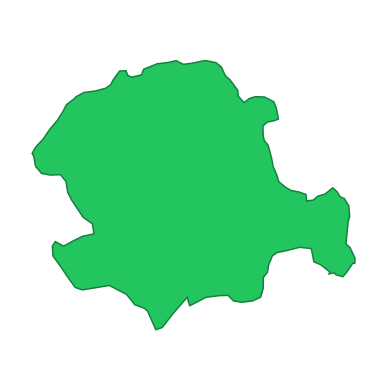 Dromolaxia, Larnaca, Cyprus (Equal Earth projection), rotated 173°
{"feature_id": "46923920B21347225976460", "entity_name": "Dromolaxia", "entity_type": "district", "adm_level": 2, "iso_a3": "CYP", "parent_name": "Cyprus", "parent_adm1": "Larnaca", "projection": "equal_earth", "projection_center": [33.583, 34.885], "detail": "fine", "context": "isolated", "style": "filled", "palette": "green", "viewbox_px": 384, "rotation_deg": 173, "n_neighbors": 0, "source": "geoboundaries", "source_scale": "gbopen_adm2", "svg_char_len": 1717}
<svg xmlns="http://www.w3.org/2000/svg" viewBox="0 0 384 384"><g transform="rotate(173 192 192)"><path d="M66.0,94.0L60.9,94.4L59.0,92.2L52.6,89.5L48.4,93.3L41.0,101.8L39.1,101.3L38.3,106.3L41.9,117.6L45.5,121.8L42.1,137.0L40.9,142.6L38.5,148.6L38.0,159.0L41.6,166.9L45.6,169.3L47.7,174.2L51.7,179.0L60.1,173.8L67.7,172.5L73.0,169.1L79.4,169.3L79.1,175.6L85.8,179.0L93.4,181.4L98.5,185.2L104.5,191.5L106.1,199.9L108.3,207.1L108.9,216.2L110.7,229.0L114.0,234.4L114.5,239.1L113.5,249.1L108.6,252.2L101.2,252.8L97.3,253.9L98.1,265.4L99.9,271.6L100.2,271.9L108.6,277.5L117.4,278.9L123.6,277.8L129.5,274.4L134.4,281.5L134.2,287.4L140.6,298.7L144.7,303.2L147.6,312.5L152.5,317.5L162.8,320.9L177.2,319.8L180.8,319.8L185.0,319.8L191.7,324.3L199.4,323.5L211.0,323.5L224.9,319.8L228.0,314.4L238.1,313.3L241.7,315.8L242.7,320.4L249.1,320.9L252.8,317.0L256.9,312.5L259.7,308.2L265.6,305.4L276.5,304.0L287.0,304.0L295.6,300.6L297.1,299.2L306.1,293.9L310.0,288.0L316.9,279.5L325.5,271.6L333.4,262.6L340.1,257.0L342.7,254.4L346.0,249.6L344.8,247.2L344.1,236.6L339.1,228.8L330.6,226.1L320.3,225.2L315.8,217.6L315.4,207.0L312.5,198.7L309.1,192.0L303.2,180.2L294.7,172.5L294.5,162.4L306.3,161.3L315.8,158.0L326.0,153.9L333.8,159.5L337.2,155.1L337.8,145.4L330.8,132.7L326.4,124.0L319.6,111.5L312.9,108.2L285.4,109.3L274.9,102.0L269.6,98.5L264.9,91.0L262.8,87.3L253.7,82.5L250.6,79.2L244.7,59.7L237.9,61.2L226.7,72.6L209.6,88.1L208.2,79.4L199.5,82.5L191.0,85.8L177.7,85.8L168.8,85.0L164.0,78.8L156.1,76.5L145.2,76.5L136.7,79.2L132.9,88.1L131.7,98.3L126.8,103.3L124.9,110.1L120.0,118.8L115.0,121.5L105.4,122.3L91.9,124.0L80.5,121.3L79.5,107.8L73.1,104.1L65.1,96.0L66.0,94.0Z" fill="#22c55e" stroke="#15803d" stroke-width="1.5"/></g></svg>